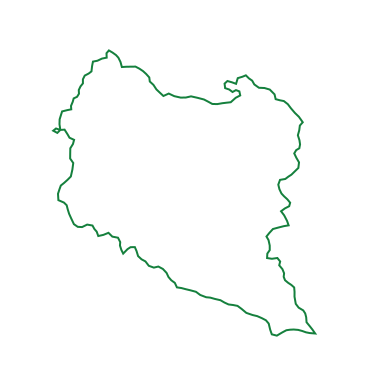 the district of Taquaraçu de Minas, Minas Gerais, Brazil, rotated 101°
{"feature_id": "56859067B12117567262809", "entity_name": "Taquaraçu de Minas", "entity_type": "district", "adm_level": 2, "iso_a3": "BRA", "parent_name": "Brazil", "parent_adm1": "Minas Gerais", "projection": "orthographic", "projection_center": [-43.685, -19.629], "detail": "fine", "context": "isolated", "style": "outline", "palette": "green", "viewbox_px": 384, "rotation_deg": 101, "n_neighbors": 0, "source": "geoboundaries", "source_scale": "gbopen_adm2", "svg_char_len": 2881}
<svg xmlns="http://www.w3.org/2000/svg" viewBox="0 0 384 384"><g transform="rotate(101 192 192)"><path d="M253.1,275.6L251.0,270.8L248.0,266.2L251.0,261.7L251.0,255.9L254.9,252.9L258.3,252.5L262.3,250.3L265.6,247.8L260.4,244.4L257.9,241.8L257.0,237.6L260.5,235.2L265.2,232.7L267.7,228.7L269.0,224.5L272.7,220.3L273.5,215.0L271.6,210.8L273.1,205.9L276.3,201.5L279.9,198.9L282.6,195.5L284.5,191.5L288.5,188.6L288.3,184.1L288.6,179.6L288.8,174.9L289.2,169.1L291.5,164.3L292.6,158.0L292.2,154.0L292.6,149.1L292.8,143.4L294.3,139.1L295.4,134.7L295.1,130.1L295.1,125.6L297.3,121.0L300.3,115.6L301.2,109.1L301.4,104.3L302.5,99.4L303.8,95.0L306.5,91.6L312.2,89.0L316.5,86.5L316.8,81.3L312.7,76.7L309.7,73.0L308.5,69.6L307.6,66.0L307.1,61.5L307.4,57.3L308.0,53.3L308.0,49.5L307.4,44.1L304.1,47.5L301.5,50.5L298.0,54.7L293.2,56.0L289.6,57.7L287.0,60.2L285.2,65.2L282.0,68.8L278.6,70.1L275.2,71.4L270.4,72.3L266.2,73.5L264.3,76.7L262.8,80.3L260.9,83.8L257.8,85.8L254.2,86.1L250.5,88.5L247.3,92.4L243.4,92.2L240.5,95.6L242.3,100.8L242.5,105.7L238.1,106.3L234.2,104.6L229.7,105.5L224.6,107.7L221.5,110.4L217.5,108.3L212.9,105.5L210.2,100.0L208.0,95.3L206.3,90.8L202.2,93.2L197.3,97.1L193.9,100.9L190.4,97.7L187.4,93.9L183.8,93.6L181.0,97.0L178.6,100.9L176.4,103.9L172.6,106.7L168.3,108.7L163.3,107.9L161.4,102.9L158.5,100.3L156.0,97.7L152.4,95.2L148.1,92.2L142.5,92.6L138.5,96.1L134.6,99.0L131.0,97.7L128.6,95.0L124.7,95.0L120.7,96.4L116.1,98.9L111.0,98.5L106.2,98.8L102.4,96.6L97.8,101.4L94.8,106.0L91.0,110.8L87.5,114.7L85.2,119.2L85.2,123.2L84.9,127.6L80.4,129.6L76.6,135.2L76.1,140.7L76.9,146.2L74.5,151.4L71.2,154.2L69.6,157.8L67.2,161.4L69.3,164.6L71.5,168.8L77.4,169.4L76.7,173.7L76.3,178.4L79.4,180.7L83.7,179.3L84.3,175.0L86.1,171.3L83.6,168.3L84.2,164.7L88.0,163.1L91.2,167.1L96.5,171.1L97.9,175.6L99.1,179.3L100.9,184.0L101.7,188.9L100.4,192.9L98.9,197.9L98.5,204.4L98.3,211.2L100.4,216.0L101.5,221.1L101.3,227.7L99.8,233.6L103.2,238.4L100.7,242.4L98.1,246.5L94.2,250.3L91.6,254.5L87.7,255.8L84.9,259.5L82.7,263.1L81.0,267.1L79.7,271.4L80.6,275.7L81.5,280.0L82.7,284.7L78.0,287.0L74.2,289.9L72.1,292.7L70.3,296.6L68.9,300.6L72.1,302.4L76.4,301.4L78.2,305.8L81.2,309.9L82.9,314.1L87.5,314.1L92.8,313.7L95.4,316.0L98.2,319.5L102.2,320.6L106.2,319.8L109.6,321.6L113.5,322.6L117.1,321.7L120.5,323.0L122.7,326.0L126.3,326.3L130.6,327.2L133.9,326.3L135.4,330.0L137.7,334.9L145.9,335.8L150.8,335.0L156.2,333.1L155.1,329.0L159.1,325.2L162.1,322.6L163.3,317.7L167.6,318.0L172.3,319.8L177.5,318.9L182.4,318.0L186.2,314.1L192.8,313.7L199.9,313.9L203.8,316.5L207.5,319.3L210.7,322.0L214.5,322.6L219.3,323.2L225.5,321.6L226.8,315.7L228.9,312.5L232.7,310.7L236.8,308.5L240.9,305.6L246.1,301.8L248.0,297.5L247.4,293.2L244.0,288.7L243.9,283.3L247.0,280.7L249.1,278.0L253.1,275.6ZM156.2,333.1L155.6,337.6L158.3,339.9L159.7,335.5L156.2,333.1Z" fill="none" stroke="#15803d" stroke-width="2"/></g></svg>